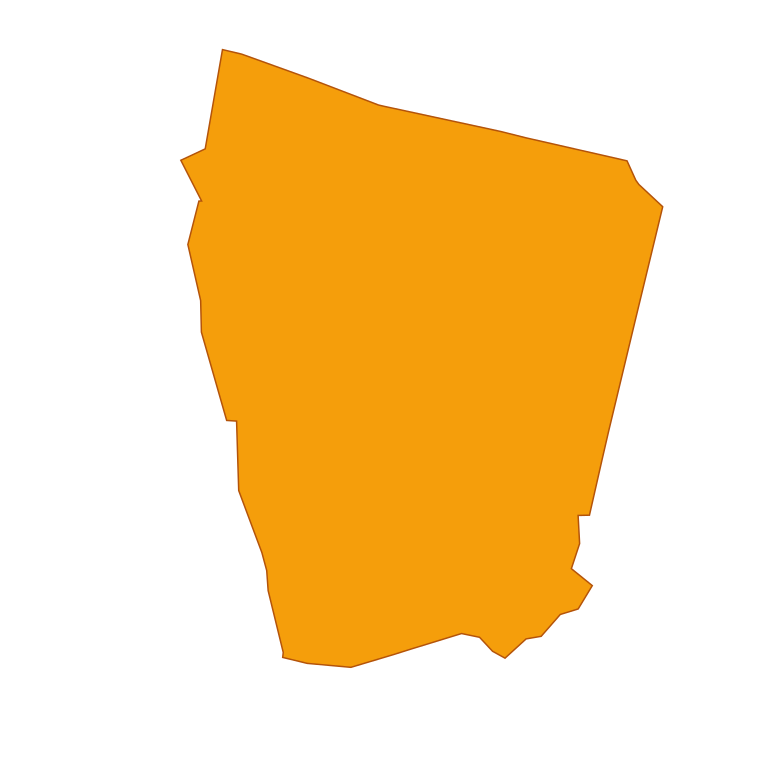 outline of Barrigada, Guam, rotated 283°
{"feature_id": "77769853B91363375193449", "entity_name": "Barrigada", "entity_type": "district", "adm_level": 2, "iso_a3": "GUM", "parent_name": "Guam", "parent_adm1": "", "projection": "orthographic", "projection_center": [144.805, 13.478], "detail": "fine", "context": "isolated", "style": "filled", "palette": "amber", "viewbox_px": 768, "rotation_deg": 283, "n_neighbors": 0, "source": "geoboundaries", "source_scale": "gbopen_adm2", "svg_char_len": 731}
<svg xmlns="http://www.w3.org/2000/svg" viewBox="0 0 768 768"><g transform="rotate(283 384 384)"><path d="M94.8,346.8L94.5,372.0L100.5,415.5L122.3,453.8L132.6,471.3L158.3,515.7L158.7,534.1L148.0,549.9L144.1,563.6L167.6,579.8L173.5,593.9L199.1,607.6L208.5,623.8L234.4,632.3L246.2,608.1L272.5,610.5L299.6,602.7L302.4,613.7L359.6,613.5L388.7,613.5L503.1,614.5L619.4,615.7L635.7,587.5L639.2,583.5L656.1,570.6L655.8,466.6L656.3,441.3L654.6,322.3L654.6,315.8L665.0,241.5L673.4,171.1L673.5,151.4L572.9,156.9L556.3,135.7L521.3,165.1L520.6,162.5L475.8,161.5L424.0,186.6L393.5,194.4L313.1,238.9L314.7,248.7L247.5,266.4L192.3,302.9L175.8,311.7L156.6,317.6L99.8,346.2L94.8,346.8Z" fill="#f59e0b" stroke="#b45309" stroke-width="1.5"/></g></svg>